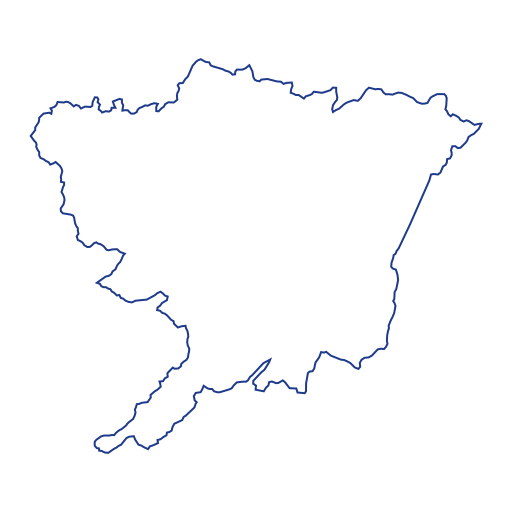 outline of Mombaça, Ceará, Brazil
{"feature_id": "56859067B71410227491082", "entity_name": "Mombaça", "entity_type": "district", "adm_level": 2, "iso_a3": "BRA", "parent_name": "Brazil", "parent_adm1": "Ceará", "projection": "albers", "projection_center": [-39.786, -5.836], "detail": "fine", "context": "isolated", "style": "outline", "palette": "blue", "viewbox_px": 512, "rotation_deg": 0, "n_neighbors": 0, "source": "geoboundaries", "source_scale": "gbopen_adm2", "svg_char_len": 5940}
<svg xmlns="http://www.w3.org/2000/svg" viewBox="0 0 512 512"><path d="M384.0,349.1L385.9,347.0L387.5,343.8L386.9,340.9L387.2,335.2L388.1,330.8L389.0,328.0L388.6,325.8L390.8,320.3L392.3,317.5L394.2,313.0L395.5,305.8L394.4,302.8L393.2,301.0L394.3,299.1L394.6,292.1L396.3,289.0L398.1,280.1L397.5,274.9L395.9,269.6L392.7,268.5L391.2,266.7L391.5,262.9L393.3,257.6L393.6,255.2L395.6,253.7L396.6,251.0L398.6,248.5L410.1,224.2L429.4,180.3L431.0,174.5L433.8,174.0L438.0,174.5L440.5,172.5L442.9,166.6L445.6,164.9L446.8,162.6L447.1,159.1L450.0,158.4L451.6,155.4L451.7,153.0L451.0,150.2L452.3,146.3L455.4,146.2L457.8,148.1L460.6,147.7L465.6,142.7L467.2,140.5L468.5,137.1L471.2,135.1L473.8,133.9L478.8,128.8L481.3,123.7L479.1,123.8L474.4,124.9L468.8,121.0L466.4,120.3L463.7,121.5L460.4,119.9L458.7,117.4L455.8,115.6L452.8,114.3L450.8,116.3L448.4,114.3L447.0,111.2L445.4,109.3L446.2,106.0L446.7,98.1L445.8,95.7L444.3,94.1L437.2,94.1L432.3,96.5L430.4,97.9L427.5,102.9L424.8,103.6L421.7,103.7L417.1,102.1L413.1,98.0L410.1,96.8L406.5,94.9L401.7,92.9L398.3,92.6L395.6,93.4L392.7,94.6L388.7,94.2L385.8,94.3L383.5,92.6L381.4,89.4L378.2,88.9L375.4,89.3L368.9,87.7L366.0,90.3L360.7,98.2L357.9,100.8L353.7,100.1L348.3,102.0L346.0,103.0L343.8,104.5L339.2,108.6L335.9,110.1L333.0,112.0L332.2,109.2L333.0,105.2L335.4,101.6L336.9,100.0L337.3,97.4L336.2,91.8L336.2,87.8L332.9,87.6L330.4,90.2L324.0,92.3L321.7,92.8L313.8,91.7L311.9,94.0L310.0,95.0L305.8,96.3L303.9,98.6L298.7,95.0L295.8,95.0L293.4,93.7L290.7,92.8L291.1,89.4L292.5,85.9L291.8,82.5L286.4,82.9L283.6,83.9L280.9,81.7L276.7,81.4L267.5,79.0L261.3,79.6L259.6,81.3L256.9,80.8L254.8,79.8L253.4,77.2L252.4,71.3L249.3,65.2L245.5,68.3L242.4,69.6L236.9,69.6L235.4,71.3L235.0,74.4L232.5,74.6L230.6,72.7L228.3,71.4L225.7,70.8L222.7,69.2L212.8,66.3L210.7,65.3L209.3,62.4L205.6,61.9L200.7,59.2L197.8,60.4L196.1,61.7L192.6,65.7L187.8,76.7L185.3,79.1L182.7,83.1L179.4,83.2L177.7,85.2L179.2,88.4L178.5,91.1L177.4,92.9L176.9,95.8L177.3,99.7L173.8,102.5L168.3,102.3L165.1,104.2L163.9,106.6L161.3,108.5L158.6,111.3L156.3,111.1L156.2,107.0L157.8,103.9L154.3,103.2L150.7,104.3L148.0,105.7L145.0,105.4L142.3,106.9L139.5,108.0L137.7,109.7L136.7,112.1L134.0,113.6L131.1,113.6L129.3,112.0L127.9,110.3L125.1,110.2L122.4,110.6L123.2,105.2L121.9,102.7L121.9,99.5L119.5,98.9L112.9,101.5L113.9,104.8L115.4,107.8L111.6,107.8L111.2,110.3L109.0,111.6L105.8,111.2L102.1,112.5L100.7,110.8L98.7,109.5L98.9,107.0L100.0,104.6L97.6,102.2L98.4,99.4L97.3,97.5L94.9,97.3L92.6,102.2L92.3,105.8L90.5,107.0L85.1,106.6L80.9,108.5L78.8,105.8L75.9,104.9L73.7,106.4L70.9,103.7L68.5,102.2L66.1,101.7L63.8,102.5L57.6,102.0L56.4,105.0L54.3,107.0L50.5,108.3L51.9,110.7L51.3,113.8L49.2,112.7L43.5,113.6L39.2,117.8L39.1,120.2L38.6,122.3L35.2,127.5L35.2,130.1L30.7,136.0L34.2,140.8L35.9,142.5L36.6,144.7L36.2,146.8L37.5,149.7L39.2,152.1L39.2,155.4L40.5,157.9L43.9,159.4L45.8,160.9L48.7,162.3L50.2,164.6L53.8,163.2L55.6,162.0L59.8,165.8L61.5,168.4L62.3,171.3L60.8,176.7L61.2,179.5L60.9,181.8L64.1,182.5L64.1,184.8L63.0,187.2L61.5,192.0L63.2,194.9L64.3,197.9L64.5,200.2L63.6,204.2L60.7,208.5L60.9,211.2L62.8,213.3L70.7,214.6L73.0,215.5L74.1,217.5L75.1,223.3L76.3,226.1L77.8,228.2L77.9,231.3L78.5,233.7L76.7,236.5L77.9,240.0L80.9,241.4L82.8,242.9L84.4,245.3L87.3,247.0L89.9,246.9L91.8,245.4L94.0,243.2L96.3,242.4L98.3,243.7L100.8,244.3L103.7,246.3L106.6,249.8L108.7,250.3L112.4,249.4L117.1,249.2L120.1,252.0L124.8,253.7L123.2,255.4L121.1,260.3L120.1,262.1L117.9,264.3L116.7,266.4L115.5,269.3L112.6,271.4L111.3,274.1L108.9,275.8L105.6,276.6L96.9,282.8L100.0,283.9L101.3,286.2L103.6,287.2L106.0,287.2L108.1,288.6L110.4,289.2L111.9,291.6L114.1,292.7L116.9,295.5L119.3,295.0L120.8,297.9L123.1,298.6L125.4,300.6L128.6,301.9L131.9,302.4L135.5,300.7L146.8,299.6L154.9,295.2L157.5,293.0L160.6,291.7L163.1,293.6L164.9,295.6L167.7,296.5L166.9,300.2L162.0,303.0L160.2,305.6L157.6,307.5L157.1,310.1L160.0,310.7L162.4,313.0L164.8,313.6L167.1,315.4L171.0,319.7L173.6,321.2L173.9,323.6L177.9,327.5L181.5,326.3L185.5,325.8L186.0,328.2L187.3,330.6L188.0,333.5L188.3,336.6L187.5,338.8L187.2,342.4L187.8,345.6L189.3,348.7L189.0,351.8L188.4,354.0L188.0,357.3L186.5,359.8L183.5,361.8L181.2,364.0L181.0,366.2L178.2,368.5L174.5,368.7L172.8,367.6L167.4,373.2L167.7,376.8L164.9,378.3L162.9,381.2L159.5,381.5L160.2,383.6L160.7,386.7L157.7,389.5L154.4,391.6L150.5,395.0L150.8,397.5L147.6,402.1L141.8,402.8L139.1,403.9L136.8,404.2L135.9,407.4L134.9,409.5L135.5,412.5L134.7,415.6L133.1,419.0L129.0,422.1L127.3,423.7L126.0,425.6L121.6,429.1L119.7,430.0L117.8,431.3L115.8,433.1L114.2,435.1L111.8,435.0L109.6,435.5L104.2,435.5L101.2,436.3L96.3,439.8L94.7,441.8L94.7,445.7L96.8,448.1L98.9,448.4L99.2,450.7L101.6,450.9L104.7,452.5L108.3,452.8L114.5,448.5L116.5,447.6L118.2,446.1L121.1,444.7L126.5,438.0L129.3,436.7L133.8,436.2L135.1,439.5L138.5,444.7L141.5,445.6L143.7,447.1L148.1,449.1L149.8,446.4L152.9,445.4L158.0,443.0L157.5,440.0L160.6,439.2L163.6,436.9L166.5,435.3L166.9,432.6L169.4,432.0L171.7,430.5L172.4,427.4L174.2,423.8L182.2,420.1L183.7,416.9L185.6,415.8L194.4,407.5L195.6,403.9L196.7,402.2L194.7,400.4L193.8,396.1L195.8,392.9L200.6,392.2L202.0,389.8L203.7,385.8L207.6,388.4L209.7,389.0L212.1,389.0L214.1,391.3L217.1,392.2L219.6,392.3L228.9,389.5L231.6,388.4L233.9,385.2L236.8,382.4L242.4,381.7L246.0,381.7L247.8,380.5L250.1,376.8L252.1,375.3L263.5,363.1L270.2,359.5L269.1,362.3L264.4,369.8L261.3,372.3L253.3,380.8L253.2,383.7L256.0,385.6L255.6,389.7L263.8,391.3L266.0,387.6L268.4,385.5L269.1,382.2L271.9,381.5L276.2,383.2L278.4,382.9L282.8,380.4L285.1,382.3L289.6,388.2L296.3,388.5L297.5,392.5L304.7,393.2L306.0,391.3L306.1,383.3L307.9,373.1L309.5,371.6L312.5,371.2L314.2,368.6L315.5,362.5L319.2,357.3L321.1,352.1L324.0,352.6L326.1,351.8L330.8,355.6L340.8,359.6L344.1,360.0L347.7,361.6L350.4,363.1L354.7,367.4L358.4,368.9L360.2,366.8L359.8,362.9L361.5,359.8L364.5,357.8L368.7,357.4L372.0,355.5L377.7,349.4L381.1,348.7L384.0,349.1Z" fill="none" stroke="#1e3a8a" stroke-width="2"/></svg>